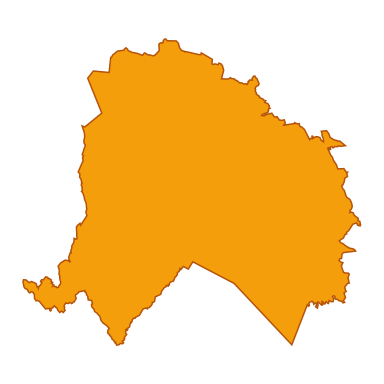 Bocoyna, Chihuahua, Mexico
{"feature_id": "50627088B40912895688063", "entity_name": "Bocoyna", "entity_type": "district", "adm_level": 2, "iso_a3": "MEX", "parent_name": "Mexico", "parent_adm1": "Chihuahua", "projection": "robinson", "projection_center": [-107.606, 27.815], "detail": "fine", "context": "isolated", "style": "filled", "palette": "amber", "viewbox_px": 384, "rotation_deg": 0, "n_neighbors": 0, "source": "geoboundaries", "source_scale": "gbopen_adm2", "svg_char_len": 5894}
<svg xmlns="http://www.w3.org/2000/svg" viewBox="0 0 384 384"><path d="M29.9,292.9L31.4,291.7L33.2,292.6L34.4,294.7L34.5,298.5L36.0,300.8L37.2,300.5L39.3,301.3L45.6,309.0L49.1,308.3L50.1,310.8L50.7,310.9L51.3,310.2L50.8,309.1L51.1,308.3L52.6,308.0L53.8,306.1L54.6,305.9L55.4,307.2L57.1,308.1L57.6,310.0L59.7,312.5L61.7,311.1L63.3,312.5L65.1,310.3L64.2,308.3L64.6,307.3L64.1,305.7L65.6,303.1L68.3,303.5L70.2,302.4L71.6,303.6L72.2,303.3L73.5,301.9L74.2,301.9L76.2,298.3L75.3,295.9L75.6,294.8L77.8,293.4L78.7,291.9L84.8,290.6L84.9,291.9L86.0,292.5L86.5,294.6L87.7,296.2L88.2,299.9L91.6,300.4L92.5,303.9L91.5,304.3L91.7,306.6L94.3,309.8L94.5,311.4L97.1,313.2L100.0,316.6L100.8,320.0L103.1,323.1L106.7,325.6L109.2,328.4L107.9,330.2L107.7,333.2L109.6,334.5L109.5,335.2L111.7,337.7L112.0,339.2L113.7,340.3L114.2,341.6L115.6,342.2L115.2,342.9L115.8,343.0L116.6,345.1L118.8,344.8L120.5,343.4L122.6,343.8L123.6,342.8L122.3,341.0L124.1,340.1L124.7,339.1L124.2,338.5L124.5,337.4L126.7,334.3L125.9,333.6L125.5,331.6L126.4,330.6L125.7,329.7L126.4,329.1L127.5,329.9L128.1,327.8L129.6,326.9L130.0,324.3L130.8,322.4L131.4,322.6L131.5,321.6L132.2,321.2L132.2,319.8L133.8,318.2L135.0,318.3L135.3,317.4L139.4,315.3L143.1,309.0L145.5,308.1L147.4,308.8L147.4,308.0L149.0,307.7L151.0,305.9L152.2,304.0L152.3,302.3L153.5,302.3L154.6,301.3L155.3,296.8L160.7,294.4L161.8,290.9L164.3,287.6L166.5,286.4L166.5,285.4L168.3,286.0L168.3,285.0L169.3,284.9L169.2,284.0L170.3,282.1L173.5,281.1L175.2,276.9L176.4,276.1L177.3,274.3L177.5,272.4L179.1,271.5L180.0,268.4L180.9,268.4L181.1,269.3L183.4,266.5L188.3,269.1L192.8,261.8L234.1,283.4L291.8,344.8L307.3,304.8L308.5,306.2L309.4,305.5L308.9,303.5L309.4,302.4L311.7,301.4L312.9,301.7L313.8,304.3L315.2,303.0L316.1,303.1L316.6,304.6L315.5,306.7L317.4,308.1L318.1,305.0L317.5,302.8L318.0,301.9L321.8,305.2L322.4,304.9L322.0,301.5L322.9,301.9L323.7,304.0L325.2,303.7L325.3,302.5L326.3,301.7L327.8,303.4L328.5,303.5L329.1,300.5L331.1,301.7L333.1,301.6L333.8,298.6L332.4,297.0L332.8,296.1L334.1,295.8L334.9,296.4L335.0,298.3L335.7,299.2L337.3,299.3L338.8,300.7L341.6,301.3L343.0,302.9L344.6,302.4L343.4,300.5L345.5,297.7L344.0,293.0L346.3,291.3L345.4,290.1L344.8,286.9L347.8,283.2L349.2,283.1L348.0,277.5L349.3,274.2L348.2,273.1L345.6,273.1L343.5,272.2L341.3,266.1L342.9,262.6L341.6,262.5L339.0,260.5L339.9,258.6L341.5,258.6L342.0,254.2L343.4,252.6L355.6,251.1L354.8,249.9L352.8,248.7L349.6,248.2L344.8,245.3L343.6,244.0L340.7,242.7L339.2,240.8L343.5,237.9L344.8,234.8L346.7,233.8L346.4,233.0L347.1,231.8L348.7,230.7L352.8,224.2L356.4,223.0L357.4,223.9L357.4,225.1L359.1,225.8L359.4,225.2L360.3,225.6L360.1,224.6L361.0,223.8L360.3,224.0L359.8,221.3L357.9,220.6L358.3,218.5L354.2,215.2L353.2,212.8L351.1,212.0L349.9,212.6L350.1,210.0L351.4,209.2L352.3,206.2L351.5,202.7L349.8,199.3L347.1,197.6L346.0,195.9L344.3,190.4L343.0,189.1L341.9,186.5L341.8,185.6L343.0,184.8L344.3,181.4L344.8,178.1L347.5,176.5L346.9,173.7L347.5,172.2L346.5,172.5L343.9,168.6L337.7,168.9L336.5,164.9L333.4,160.2L332.4,157.2L330.7,155.1L327.7,148.3L328.8,147.7L329.7,149.6L330.6,149.4L330.3,147.6L330.8,146.8L332.2,146.7L333.1,147.9L335.1,146.5L337.6,146.7L338.4,145.8L340.5,146.3L345.4,145.7L339.7,141.0L337.8,141.4L337.4,140.7L333.9,139.8L330.1,137.4L328.8,133.7L326.5,130.7L321.3,131.3L322.2,134.1L322.0,135.5L323.3,138.5L323.5,141.9L320.8,139.8L320.1,137.8L317.7,136.7L315.4,136.8L313.9,138.0L312.5,136.1L311.9,136.2L312.3,138.7L310.3,138.4L309.6,139.6L304.4,129.4L302.0,127.2L299.7,126.2L299.2,123.6L297.8,124.0L294.7,122.7L294.8,123.5L283.8,125.2L285.3,123.0L284.3,119.8L282.2,120.4L279.3,120.0L277.0,116.6L275.7,117.2L274.1,116.5L271.8,113.2L265.1,114.9L264.4,115.8L261.6,115.5L262.8,114.2L268.0,112.3L268.6,110.3L268.2,109.8L269.0,108.5L270.0,108.4L269.1,107.2L269.4,105.9L267.8,103.6L264.7,102.4L265.8,100.7L263.7,100.2L262.9,99.0L260.0,97.8L259.1,96.7L259.4,96.3L256.3,94.2L256.5,93.1L255.3,91.3L255.6,89.3L255.1,88.4L256.2,86.4L258.5,85.3L259.1,83.7L256.8,78.4L255.5,77.5L255.1,76.2L253.9,76.0L252.1,78.2L252.3,80.2L250.0,79.9L249.1,80.4L248.9,81.2L248.1,81.5L248.2,82.7L247.0,84.5L245.9,83.6L244.0,84.1L241.8,82.9L239.7,82.9L236.8,80.4L235.7,80.5L234.7,79.1L231.1,78.4L230.6,77.7L227.8,79.1L221.5,78.8L223.7,70.2L222.4,65.6L220.9,63.8L218.9,63.1L218.1,64.7L215.0,63.9L212.9,64.4L211.9,63.8L212.4,59.4L201.3,52.9L201.0,54.6L198.8,54.6L185.9,51.6L184.7,51.9L184.4,51.3L181.5,50.4L179.5,47.6L178.3,43.1L176.1,40.9L167.3,40.8L165.7,38.9L164.8,39.1L163.4,40.3L162.9,42.9L160.7,42.8L158.9,44.0L159.2,50.7L155.1,55.0L153.0,55.9L150.0,54.9L148.5,55.1L144.9,53.0L144.3,53.0L142.5,55.4L137.3,53.4L132.2,52.4L128.1,50.6L127.6,49.2L125.9,47.8L124.3,49.2L124.0,50.2L117.5,51.1L112.6,55.1L111.7,57.0L110.7,57.5L109.1,72.5L93.4,71.0L87.7,78.2L101.8,113.1L84.8,127.0L82.1,125.9L84.3,132.5L84.7,136.6L83.8,141.2L84.2,143.4L85.4,145.0L82.2,154.8L83.5,155.7L82.5,157.7L83.2,160.4L78.2,171.9L79.9,174.1L79.6,177.0L81.3,180.0L81.6,182.7L82.2,183.2L81.5,183.8L81.6,184.8L81.2,185.1L82.1,186.5L81.9,188.1L82.5,190.1L81.5,191.4L82.6,192.6L84.0,196.1L84.5,199.1L86.2,203.4L86.7,209.5L85.9,212.1L86.9,215.7L80.7,225.2L80.0,223.3L77.4,225.5L76.4,227.2L77.0,238.8L76.2,239.2L74.1,238.3L73.9,242.1L71.8,246.0L71.8,248.2L70.9,250.1L71.2,252.7L70.4,252.4L68.8,257.0L68.9,259.6L70.2,261.6L69.7,261.9L68.7,260.7L65.1,260.1L60.7,262.9L58.1,266.2L59.3,270.3L59.0,274.3L59.8,276.0L59.8,279.1L60.7,282.2L60.5,283.8L58.7,286.2L58.5,287.3L56.5,287.6L56.2,286.7L54.1,286.4L53.8,285.1L52.9,285.8L53.3,284.8L52.0,283.5L52.4,282.8L51.6,282.9L52.2,282.2L51.3,281.4L51.1,279.7L49.2,278.5L48.3,278.7L47.7,277.4L45.8,276.8L43.4,279.8L41.6,279.8L41.0,280.5L40.6,281.8L41.6,282.1L41.6,281.5L41.9,282.4L40.8,284.7L38.9,286.3L38.3,288.2L38.0,286.9L37.1,286.9L36.2,283.7L34.7,282.8L31.3,281.5L29.0,282.6L26.0,279.9L23.5,279.7L23.0,281.8L24.0,286.8L25.2,288.6L27.1,289.3L28.6,292.1L29.9,292.9Z" fill="#f59e0b" stroke="#b45309" stroke-width="1.5"/></svg>